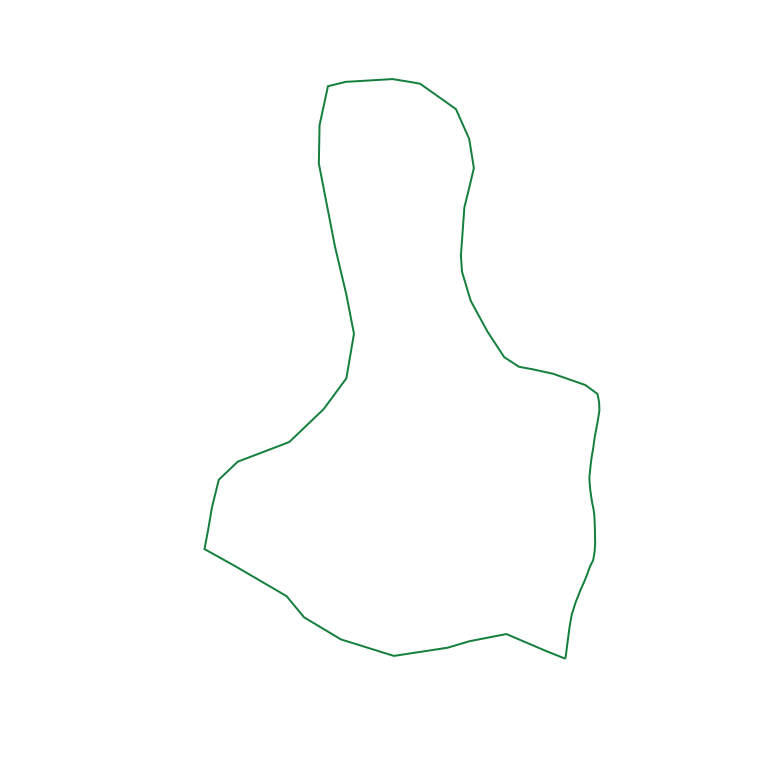 the district of La Guerre/Chickenback Street, Dauphin, Saint Lucia, rotated 349°
{"feature_id": "8701671B75874971152676", "entity_name": "La Guerre/Chickenback Street", "entity_type": "district", "adm_level": 2, "iso_a3": "LCA", "parent_name": "Saint Lucia", "parent_adm1": "Dauphin", "projection": "natural_earth1", "projection_center": [-60.93, 14.024], "detail": "fine", "context": "isolated", "style": "outline", "palette": "green", "viewbox_px": 768, "rotation_deg": 349, "n_neighbors": 0, "source": "geoboundaries", "source_scale": "gbopen_adm2", "svg_char_len": 1443}
<svg xmlns="http://www.w3.org/2000/svg" viewBox="0 0 768 768"><g transform="rotate(349 384 384)"><path d="M385.8,81.0L370.1,117.7L362.1,155.2L362.1,197.5L362.1,239.8L364.1,289.1L364.1,329.0L348.1,371.3L320.0,397.1L279.9,422.9L225.7,432.3L203.6,446.4L191.6,472.2L183.6,493.4L176.3,511.8L202.8,534.1L247.9,573.7L261.1,597.9L293.0,626.5L341.8,652.8L396.3,655.0L418.8,652.8L437.6,652.8L456.4,652.8L492.1,677.0L509.0,687.9L509.9,687.4L511.5,682.8L513.7,676.1L514.9,672.5L519.8,657.9L524.2,646.4L530.0,635.7L531.2,633.7L538.4,622.5L541.4,618.3L542.6,616.6L546.8,610.2L549.5,605.6L550.2,604.4L552.1,601.5L553.6,599.6L554.9,597.9L555.5,597.2L556.3,595.4L558.6,589.1L559.0,587.9L561.1,579.8L561.8,575.0L562.3,572.4L563.0,568.7L563.7,564.4L564.3,560.4L565.1,555.1L565.5,552.1L565.6,550.6L565.8,546.3L565.7,541.3L565.8,535.8L566.3,526.9L566.5,525.0L567.3,517.7L567.9,514.5L571.6,502.3L573.6,496.2L577.7,485.3L578.4,483.0L580.9,475.8L584.2,467.6L584.6,466.5L586.5,461.8L590.4,451.1L590.8,448.6L591.7,442.8L591.7,439.0L591.6,434.5L589.0,431.6L581.5,423.5L557.7,409.6L552.1,406.3L550.5,405.6L532.2,397.7L522.9,394.1L519.7,392.8L514.7,387.9L507.1,380.6L506.0,377.8L495.6,352.4L487.6,327.1L485.1,319.2L484.3,312.0L482.0,288.6L484.0,272.6L496.6,226.0L503.5,211.1L513.4,189.3L513.8,178.5L514.4,159.8L509.7,139.3L507.1,128.0L502.2,122.8L476.7,96.1L466.8,92.3L450.5,86.3L407.7,80.6L404.4,80.1L385.8,81.0Z" fill="none" stroke="#15803d" stroke-width="2"/></g></svg>